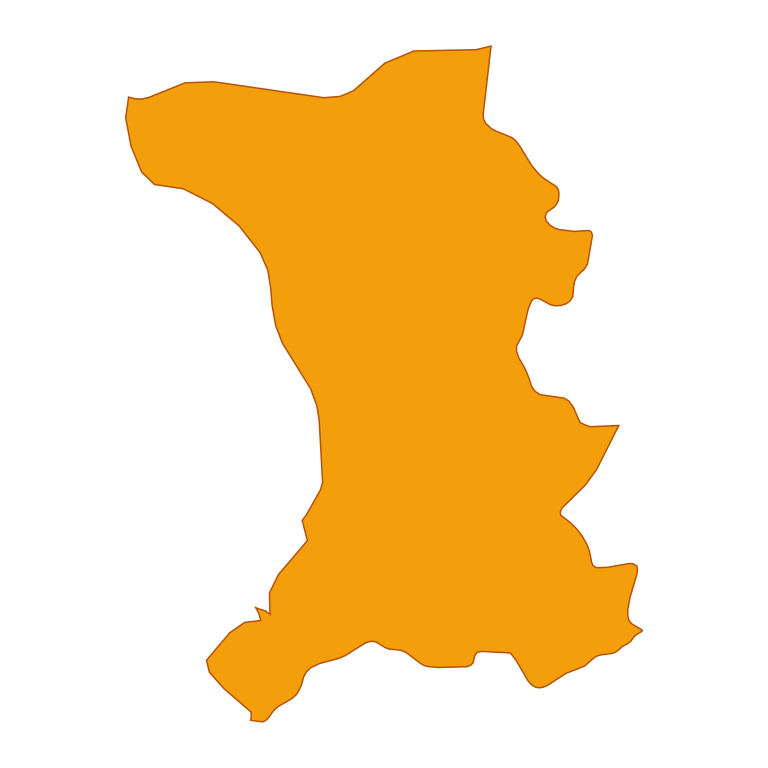 outline of Shirak
{"feature_id": "ARM-1555", "entity_name": "Shirak", "entity_type": "Province", "adm_level": 1, "iso_a3": "ARM", "parent_name": "Armenia", "parent_adm1": "", "projection": "albers", "projection_center": [43.928, 40.787], "detail": "fine", "context": "isolated", "style": "filled", "palette": "amber", "viewbox_px": 768, "rotation_deg": 0, "n_neighbors": 0, "source": "natural_earth", "source_scale": "10m", "svg_char_len": 2625}
<svg xmlns="http://www.w3.org/2000/svg" viewBox="0 0 768 768"><path d="M323.7,97.7L340.2,96.4L353.4,90.8L384.9,63.1L413.8,51.0L476.2,49.7L491.0,46.1L490.9,47.3L483.2,114.2L483.6,119.3L485.6,123.2L491.4,128.7L496.2,131.2L511.9,137.6L515.2,140.2L519.4,145.5L531.9,165.8L537.6,172.7L542.9,177.8L555.1,185.8L557.0,187.3L558.4,190.1L559.0,193.9L558.4,200.5L556.3,204.5L553.7,207.4L547.7,211.6L545.9,213.9L545.2,217.3L546.3,220.9L550.1,225.3L554.1,227.8L558.8,229.5L574.0,231.4L589.3,230.5L591.3,232.0L592.5,235.3L587.5,263.9L584.9,268.5L577.1,276.0L574.7,281.0L573.6,287.0L572.8,296.6L570.1,300.9L566.1,303.8L560.7,305.5L555.5,305.8L550.8,304.9L539.9,299.0L537.2,298.2L535.1,298.3L533.4,299.0L532.4,300.0L531.7,300.8L529.7,305.0L528.0,309.9L522.6,334.2L521.6,336.6L516.6,345.8L516.6,351.5L518.6,357.5L524.1,366.9L527.2,373.6L529.8,380.4L531.5,386.2L535.0,391.2L540.1,394.7L564.1,398.1L568.9,401.1L573.6,407.6L578.3,418.9L580.4,422.7L585.8,425.2L590.5,426.7L618.8,425.5L596.4,469.9L585.1,485.3L562.2,507.8L560.3,512.0L560.7,515.2L571.2,523.4L577.1,529.4L581.9,535.6L586.2,543.1L588.0,547.3L589.6,551.9L591.6,562.1L592.8,565.2L594.9,567.1L597.7,567.7L607.5,567.3L629.3,563.5L633.3,563.8L636.9,566.1L637.5,569.8L636.8,574.6L630.0,597.5L627.8,609.6L627.8,615.9L629.0,620.5L630.9,622.9L633.0,624.7L640.2,628.8L642.3,630.4L641.7,631.4L636.7,634.5L634.0,636.8L630.6,641.4L628.2,643.3L622.0,646.7L618.8,649.9L615.9,651.9L612.2,653.4L600.7,654.9L597.5,655.9L594.8,657.2L584.5,666.1L566.1,673.3L547.6,685.3L543.2,687.2L539.3,687.8L536.0,687.3L533.0,685.8L530.2,683.4L527.5,680.0L516.6,661.2L512.5,655.5L511.1,654.0L509.7,652.9L481.5,651.4L477.3,652.3L475.3,654.6L474.2,657.9L473.2,662.7L470.8,665.2L467.0,666.7L438.8,667.5L427.5,666.5L424.0,665.4L420.3,663.3L406.3,652.6L402.4,650.8L398.0,649.8L389.7,649.2L386.2,648.1L375.4,641.7L370.8,641.3L365.6,642.8L344.9,655.8L338.8,658.4L319.8,663.4L310.6,667.8L306.2,672.1L303.5,677.3L302.2,682.4L300.5,687.2L296.9,694.0L292.0,698.5L278.1,706.5L273.3,711.0L268.2,718.1L265.2,720.8L262.3,721.9L250.6,720.3L251.1,718.3L251.2,712.2L223.7,688.4L209.3,672.1L206.5,660.3L229.9,632.6L244.7,622.4L260.8,620.5L259.0,614.1L257.8,611.4L255.7,607.7L259.9,609.3L262.9,610.0L265.9,611.2L270.0,614.4L269.4,593.0L278.5,574.5L307.4,540.6L302.2,520.4L306.4,514.8L320.6,489.6L322.6,482.3L319.2,420.3L316.8,405.5L310.6,388.7L282.5,343.4L275.7,325.6L272.1,305.3L270.6,287.3L267.8,270.2L260.1,252.6L239.0,225.8L212.4,203.5L183.4,188.8L154.5,184.5L141.7,172.1L131.1,146.4L125.7,118.0L128.6,97.1L135.3,98.8L142.0,99.0L148.6,97.5L185.1,82.8L213.8,81.8L323.7,97.7Z" fill="#f59e0b" stroke="#b45309" stroke-width="1.5"/></svg>